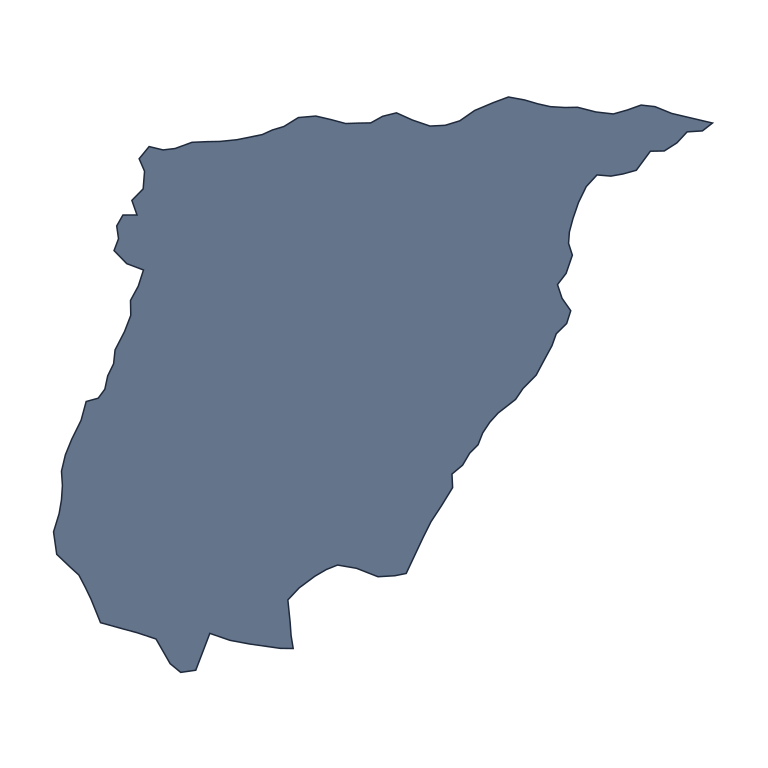 Conde, Paraíba, Brazil (orthographic projection), rotated 269°
{"feature_id": "56859067B62931681450845", "entity_name": "Conde", "entity_type": "district", "adm_level": 2, "iso_a3": "BRA", "parent_name": "Brazil", "parent_adm1": "Paraíba", "projection": "orthographic", "projection_center": [-34.854, -7.298], "detail": "fine", "context": "isolated", "style": "filled", "palette": "slate", "viewbox_px": 768, "rotation_deg": 269, "n_neighbors": 0, "source": "geoboundaries", "source_scale": "gbopen_adm2", "svg_char_len": 1738}
<svg xmlns="http://www.w3.org/2000/svg" viewBox="0 0 768 768"><g transform="rotate(269 384 384)"><path d="M419.3,552.6L431.2,557.1L441.3,567.7L454.0,572.0L466.6,563.5L480.4,559.2L491.4,568.0L509.5,574.6L521.4,571.0L532.7,572.0L546.0,575.8L562.2,581.7L577.9,589.7L589.3,600.6L587.9,614.5L589.8,626.5L593.3,640.0L612.1,654.4L612.1,668.3L620.0,681.1L630.8,691.5L631.5,706.8L639.2,717.0L649.5,676.4L656.6,659.8L658.4,645.9L653.7,632.0L650.0,618.0L652.3,600.6L657.3,582.4L657.3,569.6L658.4,555.2L661.5,542.5L665.5,529.7L668.8,513.4L663.4,498.1L655.9,479.4L645.8,464.3L641.6,449.7L641.1,434.5L647.4,417.1L654.9,401.2L651.7,387.3L645.3,375.3L645.3,363.0L645.1,350.2L649.3,335.6L653.1,320.5L651.9,303.0L643.2,288.4L640.0,277.0L635.5,266.6L630.8,241.1L629.4,224.3L629.4,211.4L629.0,196.2L623.1,179.2L621.9,167.2L625.5,153.3L613.5,143.1L600.9,148.3L583.3,146.6L572.0,135.1L557.3,140.0L557.5,125.9L546.7,119.5L533.9,121.1L522.1,116.4L508.8,128.9L502.2,145.5L486.1,140.0L472.0,132.0L457.0,132.0L440.8,125.4L422.8,115.7L409.0,114.0L397.0,107.9L383.7,104.8L374.8,98.0L371.7,85.9L353.0,80.5L334.2,70.8L318.8,64.2L302.4,60.0L288.1,60.7L273.8,59.5L260.0,56.9L241.9,51.0L219.4,53.8L206.8,66.6L198.3,75.6L185.7,81.9L173.7,87.4L150.3,96.4L143.3,120.0L139.5,133.2L133.0,151.6L108.1,165.3L99.2,175.7L101.1,190.8L137.7,205.5L130.4,225.5L126.4,244.9L121.5,275.6L121.1,288.6L134.2,286.7L147.3,286.0L169.8,284.1L181.7,295.7L193.0,311.5L199.5,323.1L203.8,334.4L200.2,353.3L191.4,374.6L192.1,391.6L194.2,402.9L230.2,420.6L245.5,428.6L261.2,439.3L279.2,450.8L292.8,450.4L301.5,461.2L313.4,468.5L321.6,477.0L333.3,481.8L343.9,489.1L353.0,497.6L366.3,515.3L377.1,522.9L390.2,536.3L405.5,544.8L419.3,552.6Z" fill="#64748b" stroke="#1e293b" stroke-width="1.5"/></g></svg>